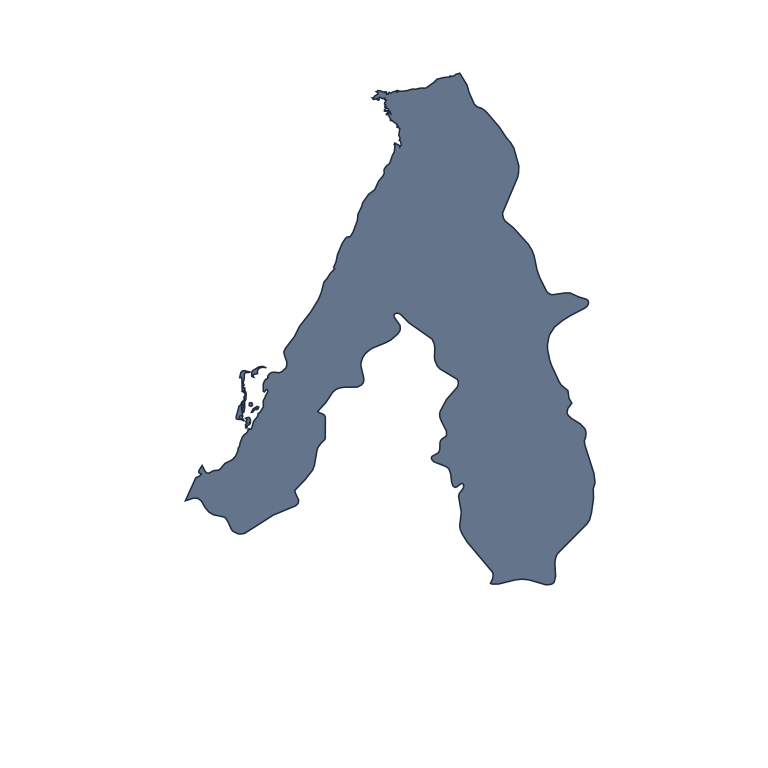 SVG path tracing the border of Tabuk, rotated 60°
{"feature_id": "SAU-848", "entity_name": "Tabuk", "entity_type": "Region", "adm_level": 1, "iso_a3": "SAU", "parent_name": "Saudi Arabia", "parent_adm1": "", "projection": "orthographic", "projection_center": [36.673, 26.762], "detail": "fine", "context": "isolated", "style": "filled", "palette": "slate", "viewbox_px": 768, "rotation_deg": 60, "n_neighbors": 0, "source": "natural_earth", "source_scale": "10m", "svg_char_len": 6177}
<svg xmlns="http://www.w3.org/2000/svg" viewBox="0 0 768 768"><g transform="rotate(60 384 384)"><path d="M385.8,614.4L371.1,593.9L371.4,589.3L371.0,587.5L370.3,587.2L369.1,588.4L368.1,588.6L366.4,587.6L363.6,582.2L370.2,582.6L372.6,581.8L373.7,580.1L373.8,574.8L375.9,570.4L375.6,568.1L373.2,561.3L373.7,555.2L373.6,552.8L372.2,548.6L369.4,544.6L366.4,542.0L365.5,540.1L362.8,537.8L359.3,533.4L358.2,531.1L357.6,526.9L355.1,523.3L356.7,522.1L355.3,519.8L351.1,515.6L348.9,509.8L346.6,507.7L346.6,505.8L343.4,499.9L338.3,497.1L332.3,488.3L330.3,488.1L330.1,489.3L331.1,491.5L330.0,492.2L323.7,488.7L321.6,486.0L320.9,484.4L320.8,481.6L319.1,480.8L317.9,478.2L317.8,475.7L318.7,473.4L321.9,469.0L322.2,466.2L321.0,460.9L318.8,458.5L315.8,457.0L309.5,455.9L306.1,454.7L303.9,451.7L298.0,437.6L291.9,428.5L285.0,411.5L277.8,398.3L273.4,392.6L265.6,384.9L264.1,380.4L261.4,375.5L259.6,369.1L257.9,369.5L254.5,364.8L248.5,359.4L241.2,349.7L238.6,344.5L238.2,342.7L239.5,339.5L236.9,334.8L229.2,325.5L223.8,321.5L219.2,314.7L216.4,311.9L212.0,302.6L211.1,294.8L205.7,287.4L203.4,281.1L201.6,278.4L198.8,277.1L197.6,275.8L196.3,272.5L196.0,269.5L195.1,268.0L190.4,262.7L188.1,259.0L182.3,254.8L182.3,255.5L181.7,255.5L180.7,254.1L185.5,251.2L186.5,251.7L185.6,249.5L181.8,248.3L180.6,249.0L179.1,247.1L175.9,246.8L170.6,242.5L169.7,243.2L167.7,243.1L168.7,244.6L165.7,243.0L160.1,245.3L159.2,246.6L158.6,246.6L158.6,245.9L153.0,245.8L151.8,247.3L151.1,246.5L151.1,245.8L151.8,245.8L151.5,244.3L153.6,243.0L150.9,242.6L149.9,243.0L150.6,244.4L148.9,245.4L148.0,247.2L146.8,246.5L149.3,244.4L149.3,243.0L147.0,243.1L146.1,245.0L144.9,244.9L144.9,243.6L143.6,244.3L142.8,242.9L141.8,243.6L140.9,242.9L139.3,240.0L138.0,241.4L136.8,240.4L136.1,242.8L133.6,244.1L133.6,244.8L135.5,246.3L135.5,247.1L134.3,247.7L133.5,247.0L132.4,250.9L130.4,251.2L131.0,250.5L130.0,248.2L129.8,244.4L129.2,243.6L126.9,244.5L127.4,243.3L126.8,242.6L128.2,240.6L131.8,237.7L131.3,237.0L131.9,236.1L133.1,235.6L132.5,236.3L134.1,237.0L134.7,236.7L135.0,235.7L134.5,235.6L134.0,233.6L135.7,232.8L135.4,231.2L136.4,226.4L137.7,227.1L137.7,225.7L136.9,226.3L136.4,225.7L138.3,224.0L140.2,220.6L141.6,216.8L142.7,212.0L144.5,209.3L145.9,204.5L148.6,200.0L147.8,190.4L146.5,185.7L148.3,179.4L151.0,173.4L151.0,172.7L150.4,172.7L152.0,170.1L152.2,168.8L151.7,167.0L152.7,163.0L166.7,162.6L174.0,164.5L186.9,165.9L190.7,164.7L193.9,161.7L197.1,160.1L200.9,159.0L219.6,155.6L231.6,154.9L238.8,153.6L244.7,153.6L262.4,158.1L268.6,162.0L271.6,164.6L294.9,195.4L296.1,196.3L299.9,197.6L302.0,197.7L303.5,197.6L313.5,193.8L335.3,189.1L342.5,189.0L347.8,189.8L361.6,194.4L369.2,195.9L384.9,196.8L387.4,196.2L389.5,195.1L391.0,193.3L395.7,181.6L398.1,177.4L406.0,171.8L411.6,166.4L413.6,165.6L415.5,166.0L417.2,167.4L418.3,169.4L418.7,171.8L418.0,188.5L418.3,197.6L420.0,208.0L424.0,215.7L425.7,217.7L431.7,222.8L436.0,225.1L446.1,228.5L451.7,229.6L470.0,231.2L473.3,231.1L481.6,228.0L488.8,230.9L494.5,230.9L497.2,237.1L500.6,240.0L502.8,240.2L507.4,238.9L516.8,233.9L522.6,232.5L524.9,232.6L527.8,233.7L531.5,236.5L533.1,238.7L536.8,240.4L566.4,246.9L574.9,250.5L579.4,255.2L587.8,259.7L598.8,268.3L604.3,273.6L606.6,277.9L617.6,318.3L618.7,320.3L621.7,323.5L625.2,325.9L636.5,331.6L640.7,335.7L641.2,337.8L640.9,340.0L638.8,344.3L626.0,356.5L622.0,362.2L619.4,368.0L614.5,384.9L611.3,390.5L609.9,391.5L606.7,387.0L605.0,385.7L602.9,384.4L600.8,384.2L562.5,391.0L553.2,391.3L548.6,390.8L545.0,389.6L533.7,381.2L518.6,375.6L516.5,373.6L513.8,367.4L511.7,365.6L509.9,365.5L508.8,366.7L509.5,372.5L509.1,374.2L506.8,375.3L502.4,374.4L495.5,371.3L490.1,370.3L486.9,371.3L476.3,379.7L473.4,380.4L471.5,379.9L470.6,378.4L470.8,372.1L470.1,370.1L468.5,368.4L462.8,364.9L461.3,363.3L460.6,361.5L460.3,356.8L459.4,355.3L455.9,353.5L444.6,352.9L440.6,352.2L437.9,350.9L435.8,349.1L428.7,337.7L423.4,322.3L422.1,320.5L419.6,318.7L417.9,318.2L416.3,318.4L399.2,327.9L395.0,328.9L389.0,328.2L386.3,327.1L378.5,322.2L374.4,320.4L369.0,320.0L343.4,331.9L332.8,334.6L330.8,335.5L329.2,337.1L328.6,339.0L329.0,340.6L330.6,341.7L341.4,340.8L344.7,342.5L346.1,344.0L347.6,347.1L349.3,356.1L349.1,361.8L347.2,375.9L347.4,380.3L348.4,385.0L350.5,389.3L354.1,393.3L356.2,394.7L369.0,398.7L371.0,399.8L372.7,401.6L373.6,404.2L373.3,408.8L367.0,419.9L365.3,424.1L364.7,428.3L365.5,432.6L371.0,443.6L374.6,455.0L376.1,454.6L379.5,451.9L381.4,451.1L383.5,451.4L401.7,462.0L402.5,463.0L404.0,468.7L406.0,472.9L407.6,474.9L419.8,485.0L422.9,489.0L427.3,499.7L431.5,514.3L433.9,515.3L441.8,515.9L444.3,517.8L445.0,519.7L445.3,521.7L442.2,545.3L443.7,579.4L442.4,582.9L440.6,585.5L436.1,588.4L433.8,588.9L425.0,588.0L420.8,588.3L418.8,589.5L412.0,597.1L407.5,599.6L401.8,600.7L394.1,600.7L390.3,602.2L387.7,605.7L385.8,614.4ZM344.0,523.5L345.5,523.4L345.8,523.9L343.4,525.4L341.5,528.4L340.1,529.4L338.1,528.1L330.6,520.5L330.5,518.7L328.5,516.2L328.5,515.4L330.4,516.4L332.9,519.2L341.6,522.6L342.0,523.4L340.0,523.4L339.7,524.8L340.5,526.0L341.6,525.7L344.0,523.5ZM319.8,507.5L319.1,509.4L318.3,509.9L309.0,504.8L307.0,504.3L306.3,505.8L302.4,502.2L301.9,500.0L302.6,498.2L306.7,494.0L306.3,495.9L304.8,498.2L305.6,500.0L309.2,502.1L312.9,505.6L314.9,505.5L315.6,507.3L317.2,507.6L317.6,506.5L319.8,507.5ZM306.8,491.1L306.6,483.7L308.1,480.2L311.2,477.7L308.9,480.5L307.9,484.3L308.7,486.1L310.5,487.9L311.8,488.3L310.7,491.7L310.9,492.8L311.6,493.4L313.0,493.3L311.6,494.7L310.4,494.4L307.5,492.3L306.8,491.1ZM330.8,516.2L328.0,514.3L327.5,512.5L325.3,512.0L324.6,510.2L323.2,509.3L321.5,509.4L319.6,510.5L319.6,509.5L320.5,508.1L322.0,507.7L323.7,508.3L328.4,511.4L329.4,513.4L334.4,516.1L337.7,518.8L338.5,519.8L338.1,520.9L334.0,518.5L333.1,516.7L330.8,516.2ZM352.0,523.3L353.4,524.6L352.1,524.4L352.4,525.5L349.8,524.2L349.5,522.3L347.4,522.6L346.3,520.3L344.4,521.0L344.9,518.4L345.8,517.3L348.3,517.5L349.4,518.2L350.3,520.2L350.9,520.1L351.1,519.4L351.5,519.9L352.0,523.3ZM340.1,509.9L339.9,505.1L341.4,504.0L342.6,505.4L342.5,507.1L341.4,506.9L342.6,512.1L342.2,513.0L340.1,509.9ZM335.3,511.6L333.2,510.1L333.4,508.7L334.6,507.8L335.9,508.0L336.9,509.1L336.9,510.3L335.3,511.6Z" fill="#64748b" stroke="#1e293b" stroke-width="1.5"/></g></svg>